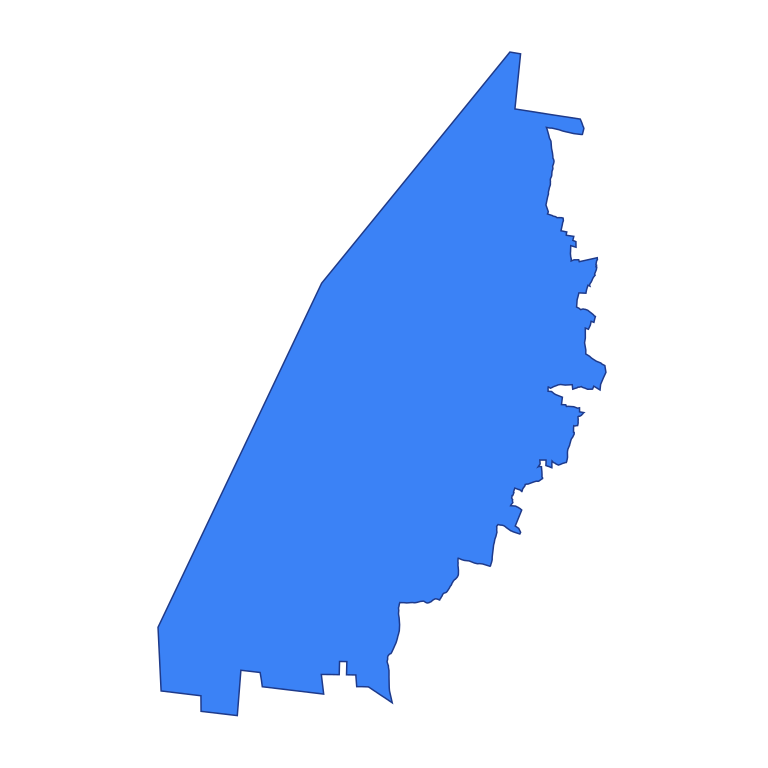 Chemax, Yucatán, Mexico, rotated 181°
{"feature_id": "50627088B8241374845255", "entity_name": "Chemax", "entity_type": "district", "adm_level": 2, "iso_a3": "MEX", "parent_name": "Mexico", "parent_adm1": "Yucatán", "projection": "equal_earth", "projection_center": [-87.917, 20.732], "detail": "fine", "context": "isolated", "style": "filled", "palette": "blue", "viewbox_px": 768, "rotation_deg": 181, "n_neighbors": 0, "source": "geoboundaries", "source_scale": "gbopen_adm2", "svg_char_len": 6141}
<svg xmlns="http://www.w3.org/2000/svg" viewBox="0 0 768 768"><g transform="rotate(181 384 384)"><path d="M605.7,136.8L601.5,73.2L561.6,69.1L561.2,53.5L524.9,49.9L522.8,83.6L522.1,95.3L502.8,93.4L501.4,85.8L500.4,79.2L438.9,72.9L441.6,92.5L432.4,92.6L430.3,92.6L429.6,92.6L423.7,92.6L423.6,105.8L416.3,105.8L416.4,92.6L407.1,92.6L406.0,80.9L400.6,81.0L394.3,80.9L370.2,65.4L373.1,77.1L373.3,78.7L373.5,81.0L373.6,83.7L373.9,91.6L373.9,92.4L373.9,93.0L374.0,97.7L374.2,98.6L374.6,100.7L374.7,102.4L375.2,103.6L376.1,106.4L375.5,109.1L375.6,110.0L375.6,110.8L375.5,111.4L375.3,112.1L374.9,112.7L374.6,113.1L374.2,113.5L373.8,114.0L373.3,114.3L372.8,114.4L372.4,114.6L371.8,115.5L369.9,119.7L369.4,120.9L368.7,122.6L367.9,124.4L367.4,125.6L366.9,127.3L366.1,130.3L365.9,131.5L365.1,134.4L364.4,137.5L364.3,140.2L364.2,143.5L364.5,147.0L364.6,148.3L364.8,150.4L365.1,152.1L365.3,153.1L365.5,154.6L365.3,158.1L365.5,159.2L365.6,160.6L365.3,161.4L365.1,162.5L364.8,164.4L364.3,165.8L363.8,165.7L361.6,165.7L360.9,165.7L359.7,165.7L357.6,165.5L355.3,165.7L353.4,165.9L351.6,166.0L350.0,165.8L348.8,165.9L347.2,166.2L344.0,167.2L340.8,167.6L340.1,167.4L338.8,166.5L337.7,166.0L337.0,165.8L335.3,166.1L334.4,166.6L333.2,167.1L331.9,168.3L330.9,169.1L330.0,169.6L329.4,169.9L328.9,170.1L328.2,170.1L327.7,170.0L326.3,169.7L325.5,169.3L324.6,169.0L324.2,170.0L323.6,170.7L323.3,171.4L322.7,172.4L322.0,173.5L321.9,174.3L320.8,175.7L319.9,176.1L318.4,176.6L317.4,177.5L316.4,179.0L315.1,181.1L314.1,183.1L313.4,183.8L312.8,185.0L312.7,185.7L311.9,186.9L311.6,187.6L311.2,188.2L310.0,189.7L309.3,190.0L308.4,191.0L307.9,191.6L307.3,192.3L306.4,194.3L306.3,195.2L306.3,196.4L306.3,197.1L306.3,198.9L306.5,200.8L306.6,202.0L306.9,203.9L306.8,206.6L307.0,207.8L306.9,210.7L306.8,211.1L306.2,211.0L303.1,209.7L300.5,209.0L295.8,208.6L290.5,206.6L287.4,205.9L285.2,206.1L282.3,205.8L274.8,203.6L274.3,204.2L274.1,205.2L273.3,207.8L272.8,210.1L272.8,213.0L271.9,221.8L271.6,225.0L270.9,227.7L270.8,228.7L270.4,230.9L269.5,233.4L268.8,236.6L268.5,237.6L268.8,240.2L268.7,241.2L268.7,242.3L268.9,243.6L267.5,245.5L267.1,245.4L265.4,245.0L263.6,244.9L262.6,244.7L261.7,244.4L260.1,243.4L259.4,242.7L257.8,241.6L254.6,239.4L254.2,239.4L252.8,238.7L251.4,238.2L245.6,236.4L244.8,238.1L246.8,242.0L250.3,244.3L244.1,260.4L245.8,261.8L248.1,263.2L249.0,263.5L250.2,264.2L252.9,264.4L255.3,264.5L254.6,265.8L253.1,267.7L253.7,269.6L253.3,270.4L254.4,272.2L254.1,273.4L254.0,274.7L253.3,274.8L252.2,277.7L252.7,278.1L251.4,282.2L247.1,280.7L246.6,280.8L246.4,280.5L244.9,279.8L245.0,279.4L244.3,278.9L244.0,279.4L243.6,281.3L242.4,283.2L241.8,283.8L241.4,284.6L241.1,285.4L241.1,286.0L240.3,286.2L239.5,286.5L238.4,286.4L237.4,286.8L232.5,288.7L230.0,289.5L228.3,289.4L227.5,289.6L224.7,291.7L223.8,292.2L223.8,292.9L224.1,293.5L224.5,294.0L224.4,295.6L224.6,299.0L225.1,303.4L225.1,304.0L225.8,304.2L226.9,304.2L227.2,304.3L228.1,304.1L228.3,304.0L226.5,306.8L226.9,310.7L220.7,310.8L220.6,308.6L220.7,305.3L218.7,304.6L217.8,304.4L215.1,303.3L214.7,303.2L214.7,304.6L214.8,307.2L214.6,309.9L213.8,309.0L212.7,308.2L211.7,307.9L210.7,307.1L208.2,306.0L207.4,306.3L205.9,306.8L205.0,307.3L203.5,307.9L202.6,308.1L201.6,308.5L200.8,308.7L200.4,308.7L200.0,309.6L199.8,310.8L199.5,312.0L199.2,314.0L199.4,318.6L199.3,320.4L199.2,320.8L199.0,322.0L197.3,326.2L197.2,327.1L196.7,328.7L196.6,329.3L196.2,330.8L195.8,332.1L195.4,332.8L194.5,334.0L193.0,337.2L193.0,338.9L193.7,339.1L193.7,343.6L193.6,344.5L193.5,345.6L192.8,345.4L192.1,345.4L191.2,345.7L189.7,345.8L189.3,347.6L189.2,349.0L189.3,349.9L189.2,351.7L189.5,354.6L189.0,355.1L187.7,355.2L185.9,356.3L185.6,356.9L184.6,357.8L184.3,358.4L183.7,358.9L188.0,359.6L188.0,360.8L188.1,363.6L190.0,363.2L193.9,364.6L199.5,364.9L201.2,364.7L201.9,366.4L206.2,366.5L205.4,373.9L212.1,376.4L213.7,377.3L216.3,379.4L219.8,379.6L219.9,382.6L219.7,383.9L218.9,383.6L218.4,383.2L217.5,382.7L215.4,383.7L214.7,384.2L211.3,385.5L209.8,386.2L207.4,386.6L202.8,386.1L195.8,386.6L195.2,382.1L194.5,382.3L193.4,382.8L191.0,383.5L190.1,384.2L188.4,384.3L186.6,384.9L186.1,384.4L184.9,383.9L183.1,383.4L180.4,382.3L175.4,382.5L174.2,385.5L167.9,381.8L167.4,387.4L164.9,393.6L162.3,399.5L163.5,406.3L166.2,407.6L167.6,408.8L172.1,410.5L176.3,413.1L177.5,414.0L178.9,415.3L182.8,417.6L182.8,418.5L182.8,421.5L183.6,425.7L184.2,428.7L183.5,433.4L183.7,443.4L180.6,442.3L178.7,446.5L178.0,450.3L175.2,449.3L174.4,453.0L173.8,455.2L175.1,455.9L175.4,456.4L176.2,457.2L180.3,460.3L181.6,461.3L184.2,462.2L185.0,462.2L186.3,462.5L188.7,461.8L190.3,463.1L192.8,464.3L192.6,467.4L192.4,471.5L191.6,474.6L190.7,478.5L183.7,478.3L183.1,481.8L181.8,486.3L179.9,485.5L180.3,486.5L179.6,488.2L178.6,489.6L177.8,491.4L177.2,493.0L176.3,494.6L175.6,495.5L174.8,496.5L175.4,497.5L173.7,502.0L173.3,504.6L174.2,504.9L173.5,506.5L174.2,506.9L173.6,510.6L173.3,511.4L172.8,512.0L173.0,514.0L190.9,509.7L191.5,511.6L196.0,511.5L196.9,511.2L199.0,510.3L198.9,511.2L199.0,512.4L199.1,513.0L199.5,514.2L199.9,517.8L199.8,519.4L199.7,525.6L194.4,524.1L194.6,529.7L197.7,530.9L196.8,534.9L204.3,535.9L204.3,537.3L203.9,539.2L209.7,540.3L208.8,544.9L208.4,546.9L208.2,548.4L207.8,549.5L207.5,550.5L207.8,553.0L209.4,553.4L212.0,553.4L213.9,553.3L215.3,554.3L217.8,554.8L218.5,555.3L221.1,556.1L223.5,556.9L222.7,559.0L224.3,563.4L225.2,565.8L223.7,573.8L223.2,575.7L223.0,576.2L222.9,577.2L223.0,578.8L222.4,581.3L222.1,583.1L221.6,584.6L221.2,585.9L221.1,586.9L221.2,588.1L221.1,589.1L221.3,591.1L221.1,592.3L220.8,593.1L220.3,594.1L220.0,595.1L219.9,596.2L219.9,597.3L219.8,598.4L219.8,599.3L219.0,601.8L218.9,602.3L219.0,603.0L219.2,604.9L218.6,606.3L218.2,607.7L218.0,608.8L217.9,609.8L218.0,610.3L218.4,611.7L219.0,612.6L219.2,615.1L219.6,618.0L220.6,622.5L221.3,629.7L222.9,632.8L223.5,635.3L225.4,641.6L226.1,643.4L222.7,642.8L220.6,642.8L213.5,641.3L209.8,640.1L206.3,639.3L204.2,638.9L198.7,637.7L195.8,637.4L191.1,636.9L190.0,637.0L188.6,643.0L189.1,644.5L189.4,644.9L190.9,649.0L192.4,652.3L221.2,656.2L257.9,661.3L253.2,716.5L263.9,718.1L319.8,646.9L448.1,483.7L513.2,340.2L605.7,136.8Z" fill="#3b82f6" stroke="#1e3a8a" stroke-width="1.5"/></g></svg>